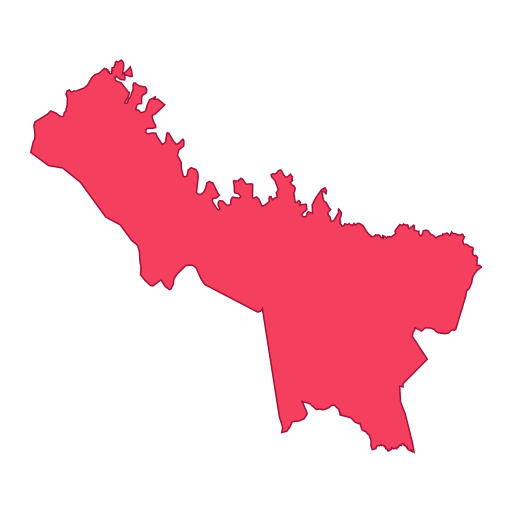 the district of Chingola, Copperbelt, Zambia
{"feature_id": "96606910B88567375078856", "entity_name": "Chingola", "entity_type": "district", "adm_level": 2, "iso_a3": "ZMB", "parent_name": "Zambia", "parent_adm1": "Copperbelt", "projection": "equal_earth", "projection_center": [27.798, -12.504], "detail": "fine", "context": "isolated", "style": "filled", "palette": "rose", "viewbox_px": 512, "rotation_deg": 0, "n_neighbors": 0, "source": "geoboundaries", "source_scale": "gbopen_adm2", "svg_char_len": 6026}
<svg xmlns="http://www.w3.org/2000/svg" viewBox="0 0 512 512"><path d="M155.6,96.2L154.2,97.7L149.6,99.7L147.3,104.8L145.7,110.5L144.7,111.7L141.1,112.7L138.1,109.9L136.4,109.9L135.7,109.4L136.9,105.0L138.5,103.9L141.6,103.6L141.6,97.4L142.5,95.4L146.4,92.7L146.8,89.6L145.3,87.0L139.1,85.9L135.9,83.8L135.7,83.1L133.7,83.1L133.0,84.9L133.2,89.0L130.4,96.8L128.8,98.6L127.4,102.5L126.0,103.5L125.0,103.2L124.9,101.9L126.0,100.8L128.9,95.0L129.4,92.6L128.0,91.7L121.2,82.8L115.4,80.6L115.0,77.4L115.9,76.2L120.4,79.4L124.5,80.0L125.0,78.4L124.7,74.5L130.9,76.7L132.3,76.1L131.5,70.5L130.3,66.9L127.1,70.6L122.4,74.3L123.8,66.1L123.3,62.3L121.3,60.0L118.1,62.2L116.3,61.3L115.1,62.9L115.5,64.3L114.5,65.4L114.1,67.3L112.2,67.8L111.8,69.3L112.7,70.5L111.3,71.2L111.9,73.0L111.3,73.8L109.5,73.4L109.1,71.8L108.3,72.2L107.7,69.7L106.8,70.0L106.4,69.0L105.1,69.2L104.4,68.4L99.2,73.2L94.9,74.7L93.3,76.0L91.4,78.2L87.7,84.9L84.3,87.9L75.5,91.2L73.8,90.9L72.4,92.0L70.9,91.8L69.3,89.9L67.0,91.0L66.0,94.2L67.4,97.9L67.1,105.5L65.5,111.6L64.3,112.5L63.5,116.2L61.8,116.8L58.5,115.2L56.4,113.3L50.7,110.9L47.2,114.4L35.1,121.8L33.9,125.1L35.0,134.7L34.7,139.2L33.3,141.6L30.7,152.4L48.6,165.6L62.7,168.0L77.8,180.1L80.5,182.4L105.8,217.1L120.3,224.9L131.7,240.5L136.8,244.6L137.8,246.1L139.3,251.1L140.1,262.3L141.0,266.9L140.5,274.8L144.9,280.3L150.7,285.6L153.0,285.9L160.4,280.2L161.3,280.3L164.6,285.7L166.4,287.4L169.5,289.6L170.8,289.1L173.4,284.1L173.8,279.2L177.2,274.0L185.9,265.5L191.5,265.1L193.5,265.7L196.2,268.0L200.9,278.7L204.6,284.4L257.7,312.1L260.7,311.2L262.4,308.7L279.4,416.9L282.4,426.4L282.5,428.3L281.7,432.5L286.7,431.3L289.9,426.9L292.3,421.7L299.2,420.9L304.0,418.8L304.9,417.7L307.0,414.2L307.1,412.9L302.2,401.5L310.1,403.8L316.4,409.6L319.3,409.0L323.0,409.8L328.2,408.1L331.9,405.2L334.5,405.3L339.0,409.7L339.3,411.8L340.0,412.3L340.0,414.6L341.0,414.4L340.8,415.2L350.6,417.6L355.2,422.2L359.0,423.8L360.0,423.5L361.8,429.4L363.3,430.7L366.2,431.9L368.0,434.3L369.4,435.1L369.6,436.8L371.1,440.0L370.9,445.7L372.3,449.7L376.0,448.5L376.2,447.1L377.7,445.3L379.4,445.8L381.2,444.6L381.9,445.5L383.9,445.3L384.4,446.9L385.4,446.8L385.9,448.8L387.5,449.3L387.6,450.3L388.0,450.0L388.9,451.5L388.7,450.9L391.6,449.1L391.9,447.6L393.6,448.8L395.7,448.2L396.7,448.8L397.1,447.2L398.0,447.5L399.8,445.0L401.6,445.6L401.9,444.0L402.7,443.6L403.9,443.8L404.0,445.3L405.6,445.9L406.9,447.8L407.3,447.3L408.1,449.6L409.7,450.4L411.3,450.0L411.8,450.8L411.4,451.3L412.6,451.8L413.3,451.3L414.0,452.0L412.6,443.4L405.3,414.2L400.5,401.8L399.7,386.1L403.2,386.9L402.9,383.8L427.3,359.2L412.3,336.3L413.1,332.3L414.8,329.7L415.1,327.7L421.5,331.0L425.4,327.8L430.9,328.1L434.5,329.6L435.5,331.1L438.3,332.8L444.6,333.7L448.4,333.1L451.3,330.2L453.4,329.6L454.0,330.4L455.7,329.4L465.8,295.9L466.4,291.0L469.1,288.8L471.5,283.2L472.5,278.0L473.7,275.1L477.2,270.2L481.3,267.3L481.2,266.6L479.3,265.3L476.9,265.4L477.1,259.2L477.6,257.5L475.6,255.4L474.7,255.9L473.2,254.8L472.5,252.6L472.9,251.8L472.2,251.3L473.3,249.5L472.8,247.4L470.2,246.9L466.6,244.3L464.1,244.5L462.6,241.2L464.5,236.7L463.5,236.4L462.9,234.6L462.1,234.1L460.0,235.2L457.2,234.7L456.1,233.8L452.6,233.3L451.6,231.9L450.2,235.3L449.4,235.5L447.5,233.2L446.7,233.1L443.7,234.4L442.8,234.0L442.5,235.1L438.7,236.0L436.0,237.9L432.9,235.1L430.7,234.3L428.2,230.8L426.4,230.1L423.4,230.7L422.0,234.9L420.8,236.0L418.8,233.9L418.9,231.2L417.0,231.3L414.0,230.0L414.4,225.8L413.6,225.2L409.3,228.6L408.4,228.2L408.2,225.7L407.5,224.9L404.9,225.0L403.5,224.0L402.2,225.5L399.9,224.5L395.4,230.1L395.0,231.6L395.7,233.1L395.4,233.8L391.4,236.9L387.7,236.5L386.5,238.2L384.8,236.4L382.7,235.6L382.6,236.6L383.5,237.8L383.3,238.5L380.7,237.4L379.8,235.6L378.2,234.7L377.1,235.6L375.7,234.7L373.5,236.7L371.1,236.7L370.8,235.5L370.1,235.5L366.3,231.2L363.2,225.8L359.7,223.5L357.7,223.3L355.6,225.0L354.1,223.3L352.7,225.3L350.1,224.6L349.3,223.5L347.5,224.8L344.9,223.7L343.8,225.7L341.8,226.3L341.2,224.5L340.1,223.6L340.6,221.6L339.8,219.1L341.1,215.5L341.5,212.7L338.7,209.0L338.3,209.9L338.6,212.5L333.7,220.8L331.1,221.3L330.2,217.1L328.2,215.2L327.9,212.7L330.7,209.5L328.9,207.6L326.4,202.8L323.6,200.7L322.0,192.6L322.2,191.8L323.2,191.4L326.0,193.6L326.4,190.6L324.9,187.7L321.6,189.5L315.6,198.2L312.2,204.8L312.5,213.3L308.3,211.8L307.0,213.4L306.3,216.2L304.0,217.0L302.1,215.8L301.9,214.5L303.4,212.4L306.8,209.8L306.4,204.7L305.7,204.2L301.7,204.6L300.0,205.4L299.7,204.8L300.3,202.4L298.9,200.5L296.5,202.5L295.2,202.2L293.8,193.2L295.1,189.5L295.1,187.9L294.1,186.0L291.7,184.7L290.2,182.4L292.6,180.5L292.0,179.6L292.5,177.1L290.5,174.2L286.9,177.2L285.3,176.8L283.5,174.7L281.4,170.5L280.5,170.0L278.6,170.5L275.6,173.9L272.2,173.9L271.0,174.9L271.7,177.0L274.9,180.5L278.1,189.0L278.1,190.0L276.3,192.9L277.2,196.6L276.9,197.5L274.8,198.0L272.4,199.8L271.1,196.7L269.8,196.5L269.0,198.0L269.2,201.6L264.8,205.1L262.0,206.3L259.1,199.4L256.6,196.9L253.1,198.3L252.5,197.7L252.7,184.4L251.7,183.8L246.1,184.2L242.6,179.2L240.9,178.2L237.8,181.2L234.3,180.5L233.4,181.2L234.3,186.1L234.3,191.7L234.9,192.9L238.6,193.8L240.6,196.2L240.6,197.1L238.9,198.1L232.5,197.1L230.9,199.9L230.6,204.4L229.6,205.1L226.7,205.1L222.8,201.0L219.5,200.6L218.2,202.6L218.1,205.1L219.9,208.9L218.5,210.1L216.9,208.7L212.4,201.5L212.5,198.7L216.6,197.8L219.4,195.4L217.3,192.2L212.9,183.0L209.4,181.5L206.8,183.0L205.8,187.7L203.9,191.8L201.2,194.2L199.6,194.5L197.4,193.8L196.5,192.3L198.2,176.9L197.6,172.2L195.7,169.4L191.0,167.7L188.2,170.0L186.8,176.2L184.5,176.8L183.3,176.1L181.5,169.2L181.1,162.1L177.4,155.4L178.8,150.0L183.8,145.9L183.9,141.0L183.2,139.4L182.7,139.2L179.0,143.1L176.2,144.3L173.3,140.9L169.0,133.5L167.6,132.6L166.8,133.6L165.6,141.7L164.2,143.4L162.1,144.3L157.1,136.5L155.7,133.2L152.5,132.9L147.5,133.8L145.7,132.2L146.1,129.9L147.2,128.4L152.1,128.4L155.7,127.6L155.7,125.9L153.4,121.4L152.2,117.3L152.3,115.4L155.4,113.8L164.8,104.8L157.9,99.2L154.4,99.3L155.6,96.2Z" fill="#f43f5e" stroke="#9f1239" stroke-width="1.5"/></svg>